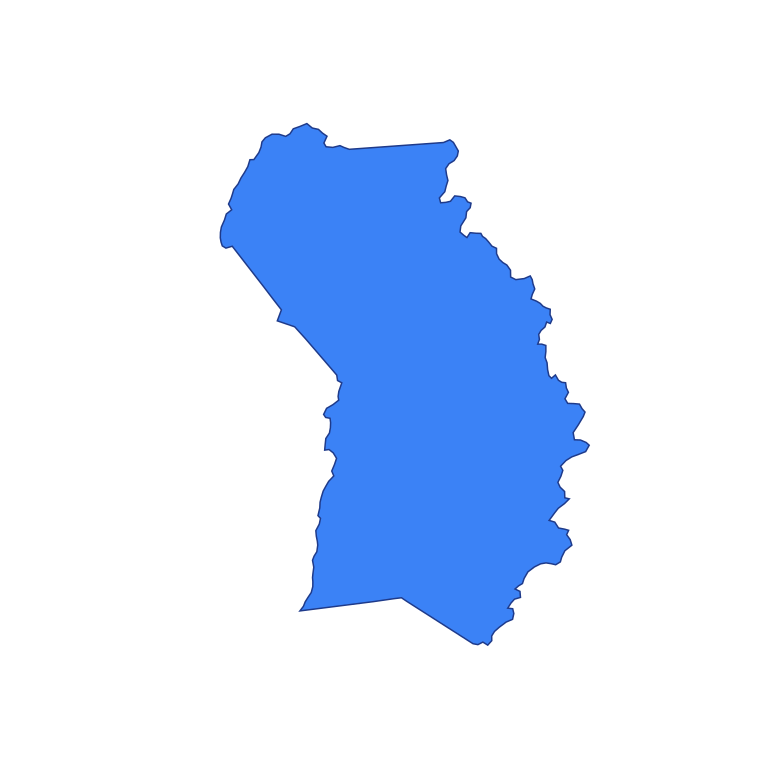 Macajuba, Bahia, Brazil (Equal Earth projection), rotated 225°
{"feature_id": "56859067B5782539375229", "entity_name": "Macajuba", "entity_type": "district", "adm_level": 2, "iso_a3": "BRA", "parent_name": "Brazil", "parent_adm1": "Bahia", "projection": "equal_earth", "projection_center": [-40.27, -12.114], "detail": "fine", "context": "isolated", "style": "filled", "palette": "blue", "viewbox_px": 768, "rotation_deg": 225, "n_neighbors": 0, "source": "geoboundaries", "source_scale": "gbopen_adm2", "svg_char_len": 3123}
<svg xmlns="http://www.w3.org/2000/svg" viewBox="0 0 768 768"><g transform="rotate(225 384 384)"><path d="M283.0,164.1L237.7,222.5L225.2,239.2L220.5,245.2L214.3,246.4L137.4,263.3L133.3,266.1L131.6,271.4L126.0,272.7L126.3,278.7L129.7,282.0L130.9,287.2L130.5,293.6L129.3,302.0L126.7,308.5L129.9,313.5L134.1,316.1L138.0,313.0L139.3,318.8L139.6,324.1L136.6,329.6L141.2,333.5L146.4,331.7L146.1,336.5L145.0,340.8L147.4,345.5L149.4,352.9L148.3,361.0L146.1,367.6L142.9,372.1L138.8,375.1L134.8,377.6L133.5,382.9L135.9,387.2L138.2,394.0L137.2,402.9L142.3,405.6L148.3,406.6L150.0,411.1L153.6,409.1L158.8,405.6L165.6,407.1L170.8,404.3L172.2,413.5L172.9,419.3L171.8,427.3L171.8,433.8L175.7,431.4L180.3,435.7L186.6,435.6L191.5,437.4L193.7,443.9L196.5,449.4L201.0,450.7L201.2,458.6L199.7,465.2L196.4,472.4L193.6,478.8L195.6,485.8L199.7,485.6L205.5,483.3L209.9,479.2L215.9,483.4L217.7,492.4L220.1,501.9L222.0,506.3L226.5,506.6L231.6,508.0L236.0,504.3L240.4,500.2L245.6,501.5L247.7,508.5L252.2,510.1L256.5,513.3L259.5,510.9L263.3,510.0L269.2,511.6L269.6,506.5L273.3,506.5L278.4,509.8L283.7,514.3L288.7,516.6L292.5,521.4L296.8,525.7L300.7,523.7L303.5,520.9L305.6,525.4L309.7,528.5L310.8,533.0L310.5,538.1L312.8,542.8L309.2,544.4L310.8,548.6L315.6,550.4L319.3,554.4L323.1,552.5L326.6,551.4L330.5,551.5L334.8,550.4L340.2,548.1L342.5,552.2L344.6,557.8L349.5,560.2L353.0,562.6L357.0,563.8L359.4,557.7L364.6,551.0L370.1,549.2L375.0,553.9L381.3,555.0L385.8,553.9L390.9,553.7L396.5,555.7L400.4,559.5L405.1,557.8L410.6,558.4L415.0,558.7L418.7,558.0L422.0,559.0L425.5,555.7L430.1,551.9L428.9,546.2L432.5,545.6L437.7,545.2L441.5,550.1L443.6,559.4L447.5,564.3L447.7,569.6L450.3,573.4L453.7,571.9L458.4,572.9L462.5,570.6L467.0,567.0L466.2,560.2L468.7,556.2L472.1,552.2L476.4,554.7L477.0,563.0L479.9,567.8L482.7,573.1L487.6,576.1L492.7,579.9L493.8,585.7L492.4,591.6L493.4,597.1L496.2,601.3L502.0,602.9L505.8,603.9L510.1,603.2L512.7,596.8L574.5,525.4L579.5,523.0L583.7,521.4L587.5,515.1L592.7,510.8L596.9,511.9L599.5,518.9L605.0,517.9L610.4,517.7L615.7,514.3L622.7,513.6L625.6,506.6L628.6,500.3L627.4,494.5L628.6,489.6L634.8,486.4L639.8,481.5L642.0,474.2L641.5,468.9L638.5,464.6L636.1,459.1L634.7,450.7L637.4,447.8L634.0,441.4L632.2,434.9L630.8,428.5L628.6,422.3L627.8,415.4L625.5,411.2L623.4,407.1L621.2,401.3L614.9,399.5L615.7,392.7L612.8,387.2L610.0,380.0L606.9,375.6L603.1,371.6L599.7,369.2L596.0,367.3L591.9,368.3L588.7,374.1L538.8,367.8L521.8,365.5L509.0,363.9L504.1,353.2L487.6,361.3L471.5,360.5L423.7,356.9L419.3,353.6L414.7,355.0L410.7,346.8L407.7,342.8L404.6,340.5L405.5,333.3L407.4,326.2L405.2,319.8L401.6,319.1L397.9,321.6L394.4,318.9L390.9,315.1L387.9,310.7L386.6,304.3L382.8,299.6L379.2,295.3L376.5,298.8L371.2,299.4L365.0,297.9L362.1,292.1L359.4,285.5L354.5,283.5L354.3,276.1L352.8,270.4L351.3,265.3L348.2,259.5L345.6,255.2L341.8,251.0L337.6,244.2L333.9,244.1L330.7,239.2L328.5,232.1L324.2,228.5L320.0,225.7L316.9,223.2L312.9,217.9L311.7,212.8L309.9,208.8L304.1,204.8L300.2,199.7L297.6,196.5L294.5,193.9L291.1,190.4L288.0,185.1L286.8,179.1L285.7,174.3L283.8,169.9L283.0,164.1Z" fill="#3b82f6" stroke="#1e3a8a" stroke-width="1.5"/></g></svg>